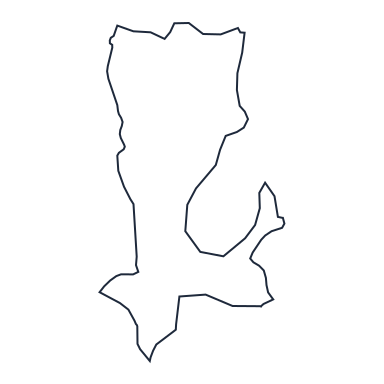 SVG path tracing the border of Cahul
{"feature_id": "MDA-1624", "entity_name": "Cahul", "entity_type": "District", "adm_level": 1, "iso_a3": "MDA", "parent_name": "Moldova", "parent_adm1": "", "projection": "mercator", "projection_center": [28.292, 45.784], "detail": "fine", "context": "isolated", "style": "outline", "palette": "slate", "viewbox_px": 384, "rotation_deg": 0, "n_neighbors": 0, "source": "natural_earth", "source_scale": "10m", "svg_char_len": 1444}
<svg xmlns="http://www.w3.org/2000/svg" viewBox="0 0 384 384"><path d="M116.3,28.4L117.3,25.6L133.4,31.3L150.6,32.3L164.6,38.9L170.2,32.1L174.3,23.3L188.8,23.0L203.1,34.0L220.7,34.4L237.9,28.0L240.3,32.4L244.6,32.7L242.2,52.6L237.4,73.2L236.9,90.0L239.7,105.9L244.8,111.6L248.0,119.1L243.8,127.6L236.9,132.0L225.7,135.9L220.1,149.7L215.8,165.0L196.0,188.4L187.3,204.8L185.3,231.2L200.3,251.9L223.4,256.3L245.1,238.3L255.1,225.0L259.8,208.2L259.3,192.9L265.1,182.7L274.5,196.2L277.9,216.9L282.7,217.9L282.9,217.9L284.4,223.6L282.1,227.8L271.6,231.2L265.2,235.5L261.2,239.8L252.7,252.5L250.2,258.5L253.4,262.3L259.1,265.7L263.8,270.5L265.9,277.9L266.5,285.1L268.1,292.4L273.2,299.4L263.5,304.0L261.4,305.9L261.0,306.5L260.8,306.4L260.1,306.2L232.6,306.0L205.6,294.6L179.4,296.5L176.1,324.3L175.8,329.7L175.7,329.8L156.3,344.5L153.1,350.7L150.6,357.3L149.8,361.0L140.1,349.2L137.5,343.9L137.3,326.3L136.9,325.1L135.9,324.0L134.5,320.7L128.4,309.6L120.0,303.1L99.6,292.2L104.2,286.3L110.2,280.5L116.3,276.1L121.1,274.3L133.1,274.4L138.3,271.9L136.0,265.1L136.7,256.7L133.5,204.1L130.4,199.2L124.0,186.7L118.3,170.8L117.3,155.6L118.9,152.8L123.7,149.3L124.8,146.7L124.1,144.7L120.8,138.0L119.8,134.1L120.3,130.0L121.8,126.0L122.6,122.0L121.1,117.8L118.9,114.2L118.0,111.0L117.3,105.1L108.4,78.8L107.1,71.3L107.8,66.1L112.3,47.6L112.2,44.8L109.9,43.3L109.8,40.4L110.8,37.8L113.7,35.9L116.3,28.4Z" fill="none" stroke="#1e293b" stroke-width="2"/></svg>